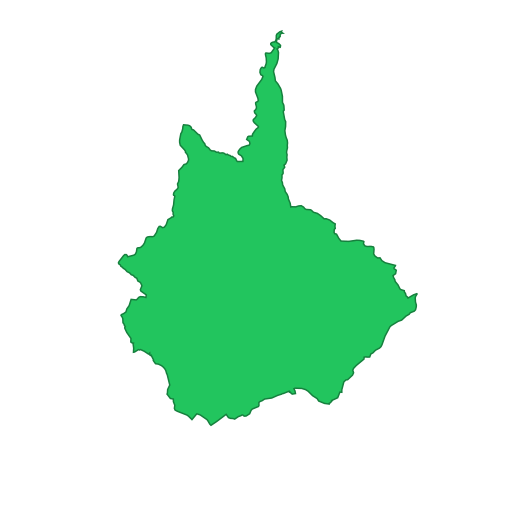 Cáqueza, Cundinamarca, Colombia (orthographic projection), rotated 232°
{"feature_id": "7082276B82562471166978", "entity_name": "Cáqueza", "entity_type": "district", "adm_level": 2, "iso_a3": "COL", "parent_name": "Colombia", "parent_adm1": "Cundinamarca", "projection": "orthographic", "projection_center": [-73.917, 4.395], "detail": "fine", "context": "isolated", "style": "filled", "palette": "green", "viewbox_px": 512, "rotation_deg": 232, "n_neighbors": 0, "source": "geoboundaries", "source_scale": "gbopen_adm2", "svg_char_len": 6158}
<svg xmlns="http://www.w3.org/2000/svg" viewBox="0 0 512 512"><g transform="rotate(232 256 256)"><path d="M404.0,279.7L403.1,278.2L401.4,276.6L399.3,273.8L398.7,272.1L394.4,267.2L392.6,265.8L389.9,264.5L383.7,265.0L381.9,264.9L381.3,264.3L377.9,264.3L374.4,262.8L373.1,261.9L371.9,259.7L371.5,257.8L372.4,255.5L371.5,252.3L370.9,247.7L365.2,243.7L363.7,242.3L362.3,240.9L361.1,238.5L357.9,236.9L357.2,234.9L357.1,232.1L356.4,230.2L355.4,228.9L354.6,228.5L353.7,229.0L353.0,228.7L350.8,226.1L347.0,222.5L344.5,219.1L343.1,217.9L341.3,217.6L340.0,216.4L338.2,215.9L337.8,214.5L338.6,213.5L338.4,212.5L338.9,209.0L336.0,204.6L335.1,201.5L335.9,199.8L338.3,198.9L338.9,197.9L338.1,195.5L335.8,192.1L334.4,187.9L334.8,186.5L336.5,184.5L337.5,182.8L337.9,181.9L337.8,180.5L334.9,176.1L334.0,173.4L333.8,170.6L334.1,169.6L335.2,167.9L335.3,166.9L332.8,164.2L331.7,161.9L331.9,160.2L334.4,154.4L336.0,154.8L336.9,154.7L337.9,153.5L337.8,151.8L336.0,144.7L335.4,143.5L334.4,143.0L332.5,143.6L331.2,143.2L329.6,143.7L327.9,143.9L326.0,144.6L323.0,144.8L320.5,146.0L318.0,146.2L316.4,147.3L313.4,147.6L312.0,148.4L309.0,147.5L306.7,148.5L305.6,148.5L302.8,147.8L300.6,144.1L299.3,143.7L292.9,145.6L291.1,143.7L293.1,142.2L295.2,139.8L295.6,138.1L295.1,135.7L295.2,134.5L298.7,130.9L295.0,125.5L293.8,121.6L292.0,119.1L292.1,116.3L292.7,113.8L292.2,113.0L290.7,113.0L288.7,112.5L285.3,110.1L283.1,110.0L282.3,109.5L280.9,109.5L280.5,108.6L279.7,108.1L275.3,107.1L268.0,106.7L265.3,104.4L263.9,104.8L262.8,105.7L262.7,105.2L258.7,102.9L255.6,100.2L255.1,101.2L254.6,105.8L253.6,106.4L253.4,107.4L249.7,109.3L244.9,110.9L245.0,112.5L243.4,111.4L242.3,111.8L242.3,112.3L237.3,111.3L236.9,110.7L233.0,110.5L230.9,112.5L227.9,114.0L225.9,114.5L223.5,114.7L221.3,114.4L218.1,113.1L217.6,113.2L207.4,108.6L205.2,104.2L202.2,101.5L202.0,100.9L196.4,100.8L194.2,102.8L192.0,101.2L188.3,100.1L186.2,97.9L184.4,97.4L182.1,98.4L173.3,103.6L171.4,104.2L166.5,104.8L168.1,112.2L165.1,114.2L157.4,116.6L156.4,116.7L152.0,116.1L150.3,116.3L149.8,123.1L149.6,135.0L145.6,134.8L143.8,135.9L142.0,137.9L140.6,138.8L140.3,143.3L139.5,145.6L139.3,147.2L138.8,147.7L137.1,148.1L136.0,149.7L135.6,153.9L137.4,157.1L137.7,158.9L135.9,165.3L136.4,166.3L138.8,168.1L138.9,169.4L138.2,171.8L138.0,174.7L134.4,181.0L132.8,187.4L131.4,191.1L131.3,192.1L130.8,192.9L129.2,198.5L128.9,199.0L128.2,198.6L128.1,199.1L127.3,199.0L124.9,199.5L123.3,202.4L125.6,203.6L128.1,204.2L127.8,205.4L123.5,210.5L120.2,212.8L117.4,213.8L111.1,214.6L106.0,216.4L103.1,216.1L97.7,219.2L94.3,222.5L94.8,222.9L94.6,224.3L95.1,226.8L95.5,226.8L94.0,233.1L97.1,238.3L95.8,239.7L97.8,241.3L102.7,247.7L103.0,250.5L102.1,252.1L102.7,258.7L103.9,261.0L106.5,262.0L107.4,263.8L108.0,267.6L108.3,277.6L109.7,278.9L108.7,280.8L108.1,281.1L106.4,283.4L108.1,286.2L107.7,288.5L108.2,292.2L107.4,296.6L107.6,298.6L108.5,300.6L113.4,308.3L117.8,318.0L117.9,319.9L117.0,327.8L115.8,331.3L116.3,337.5L115.8,340.7L116.3,342.6L115.1,346.7L115.4,348.6L117.3,351.0L118.7,352.2L121.5,353.3L125.0,355.7L125.9,356.9L126.9,359.5L127.3,359.5L127.5,359.0L128.4,356.2L129.3,349.9L130.4,350.1L132.2,349.7L134.6,350.8L136.0,350.7L137.4,351.5L140.3,349.5L141.5,349.2L145.8,350.1L149.8,350.0L150.8,350.2L151.8,350.8L154.1,351.1L156.2,351.9L156.1,355.1L158.4,357.7L159.1,357.7L160.7,357.0L161.3,357.1L161.7,357.4L162.4,359.7L162.7,360.1L171.2,353.6L174.9,352.3L178.2,352.6L179.6,350.6L182.9,349.7L185.2,350.0L188.6,353.1L190.3,354.1L190.9,354.1L192.7,352.6L195.1,349.4L196.7,348.1L199.3,348.1L201.0,349.9L201.6,349.7L204.4,347.4L206.4,345.1L210.4,338.1L215.4,332.2L218.9,332.1L223.5,332.9L224.2,332.6L225.0,331.8L226.5,332.0L228.8,334.1L228.9,335.4L230.8,336.5L232.5,338.2L234.6,337.3L239.0,336.2L242.2,334.2L243.3,332.6L248.0,331.8L251.8,330.6L255.1,328.2L258.0,327.8L259.0,327.3L261.8,324.2L263.2,323.6L265.2,323.6L267.8,322.6L269.2,320.4L270.3,317.5L272.7,314.6L273.2,313.6L276.5,315.4L281.1,316.7L282.7,317.7L285.4,318.5L288.8,318.7L291.2,320.0L295.6,320.8L297.8,322.1L299.8,322.6L301.6,324.6L304.0,326.5L304.2,327.8L304.6,328.4L307.5,330.4L308.3,333.3L310.4,334.0L310.4,336.0L312.4,339.5L315.0,341.2L316.6,342.8L318.6,343.7L319.9,344.9L321.9,347.4L324.1,348.9L325.6,350.4L328.0,351.9L330.8,352.7L333.2,353.7L337.0,355.9L339.8,359.0L343.6,362.1L345.8,362.6L352.5,366.1L353.5,367.0L353.6,368.0L357.1,370.4L358.2,370.9L360.7,371.4L365.5,375.1L371.1,377.9L372.9,378.5L378.0,379.2L382.1,379.1L385.1,380.9L390.4,383.3L392.1,385.1L394.8,390.9L397.7,394.8L402.5,399.0L404.9,400.0L406.2,400.0L406.2,402.1L407.1,402.5L405.6,403.6L406.3,404.5L406.9,405.0L409.5,404.7L411.7,403.6L414.4,406.3L412.9,407.6L414.0,408.5L413.8,409.0L414.2,409.1L414.4,409.8L414.2,410.3L415.6,411.3L415.8,411.9L415.7,413.5L415.1,414.3L416.9,413.8L417.4,414.6L418.0,412.8L418.0,409.0L417.3,407.8L414.4,405.4L413.3,403.4L413.3,402.2L414.0,401.3L414.5,399.6L414.4,398.5L413.7,397.9L413.1,397.8L409.3,398.4L408.5,398.8L406.8,393.1L407.5,391.2L409.5,389.2L409.9,388.7L409.8,388.2L408.8,387.4L405.8,386.0L402.5,383.7L401.2,382.3L399.5,379.5L399.0,379.2L399.3,377.9L400.7,377.3L401.1,376.7L400.9,375.5L400.2,374.0L398.3,372.2L395.9,371.4L394.0,372.2L393.2,372.0L391.6,369.2L389.4,361.2L387.5,358.1L385.6,356.6L379.1,354.6L377.1,353.5L376.7,352.3L377.1,351.0L377.0,350.1L376.1,349.4L373.5,348.3L372.2,347.3L371.4,345.4L371.5,344.3L371.1,343.8L369.6,343.1L367.3,343.3L366.2,342.9L365.4,340.5L365.2,338.1L364.8,337.4L364.0,336.9L362.2,336.7L356.9,337.6L356.2,337.4L355.9,336.8L355.9,334.2L355.2,331.5L354.1,328.2L352.8,327.0L354.9,323.9L355.0,322.9L353.6,320.4L350.7,321.3L349.9,321.2L348.3,320.4L347.5,318.9L348.5,316.9L350.4,311.5L350.2,309.1L349.5,306.8L348.9,305.8L347.7,305.2L346.8,305.1L343.9,306.2L340.7,305.8L338.6,303.9L341.9,299.5L343.0,299.4L345.6,300.0L346.3,299.4L349.0,298.7L349.9,297.6L351.3,297.4L352.3,296.5L354.0,296.0L354.3,294.7L356.1,294.3L357.1,293.8L357.9,293.1L359.6,290.5L361.0,290.4L362.0,288.8L364.3,287.9L366.2,285.8L367.5,285.2L370.4,285.2L373.1,284.2L374.4,284.1L376.2,284.8L377.7,284.6L380.4,284.9L386.0,286.1L387.8,285.2L393.8,284.4L395.2,283.4L397.5,284.2L399.5,283.9L401.0,282.9L404.0,279.7Z" fill="#22c55e" stroke="#15803d" stroke-width="1.5"/></g></svg>